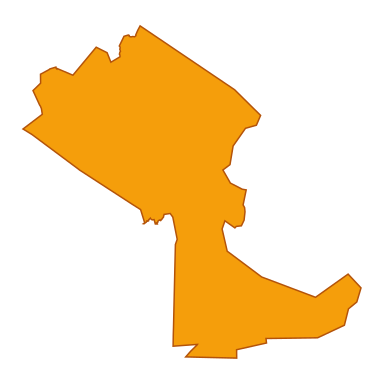 outline of Craven, North Carolina, United States of America
{"feature_id": "52423323B69937594660811", "entity_name": "Craven", "entity_type": "district", "adm_level": 2, "iso_a3": "USA", "parent_name": "United States of America", "parent_adm1": "North Carolina", "projection": "equal_earth", "projection_center": [-77.135, 35.114], "detail": "fine", "context": "isolated", "style": "filled", "palette": "amber", "viewbox_px": 384, "rotation_deg": 0, "n_neighbors": 0, "source": "geoboundaries", "source_scale": "gbopen_adm2", "svg_char_len": 2262}
<svg xmlns="http://www.w3.org/2000/svg" viewBox="0 0 384 384"><path d="M185.7,356.9L194.0,357.1L236.7,358.1L236.6,349.7L266.5,343.0L266.0,338.5L317.6,337.8L344.4,325.2L348.5,308.8L356.8,302.0L361.0,287.9L348.1,274.1L315.5,297.3L261.7,277.0L227.2,251.2L222.1,229.0L223.9,223.8L224.9,220.8L234.9,227.9L236.3,226.4L241.4,225.8L244.1,220.1L245.0,211.8L244.6,207.6L243.1,204.9L246.2,189.9L242.2,189.2L230.4,183.1L222.9,170.0L230.0,164.6L233.1,146.0L245.5,128.3L256.4,125.2L260.6,115.4L253.4,108.3L237.1,92.2L234.7,89.8L140.1,25.9L137.7,30.4L135.8,34.8L135.9,35.7L134.6,36.8L132.8,36.5L131.0,36.9L129.3,36.4L129.2,35.4L128.3,35.0L124.0,36.3L119.3,46.0L119.9,46.7L120.2,47.9L119.8,49.2L120.5,51.3L119.9,52.1L119.4,54.2L119.9,54.9L120.0,56.8L110.9,62.2L107.1,52.7L96.2,47.2L72.9,75.2L57.1,68.5L56.9,69.0L56.2,68.4L55.9,67.1L49.9,68.9L48.9,69.7L40.5,74.2L40.6,83.2L33.0,90.6L39.6,105.0L40.3,106.0L41.4,108.6L42.3,114.3L23.0,129.0L32.1,134.6L78.4,169.1L79.5,170.0L131.8,204.0L140.6,209.6L144.7,222.9L143.5,223.7L144.0,223.8L146.3,222.1L146.9,220.8L147.4,220.7L147.8,221.2L148.6,220.8L148.8,219.6L149.2,219.4L150.3,218.2L150.5,218.7L151.8,219.7L152.4,219.9L154.1,219.6L155.3,224.0L156.8,224.0L156.7,223.9L156.5,223.7L156.4,223.7L156.2,223.6L156.2,223.4L156.2,223.2L156.3,223.1L156.4,222.9L156.5,222.9L156.5,223.0L156.8,223.1L157.0,223.1L157.3,223.1L157.4,222.9L157.5,222.9L157.6,222.7L157.7,222.4L157.7,222.2L157.8,222.1L157.8,221.9L157.8,221.7L157.9,221.4L158.0,221.3L158.0,221.2L158.3,220.9L158.5,220.7L158.8,220.5L158.9,220.4L159.0,220.4L159.1,220.2L159.3,220.1L159.5,220.1L159.8,220.0L160.0,220.0L160.2,220.3L160.3,220.4L160.4,220.5L160.5,220.6L160.8,220.5L160.9,220.4L160.9,220.2L161.0,220.1L161.1,219.9L161.2,219.7L161.3,219.7L161.6,219.5L161.6,219.4L161.8,219.2L162.0,219.1L162.1,218.9L162.2,218.7L162.3,218.6L162.4,218.4L162.5,218.4L162.6,218.2L162.8,217.9L163.0,217.7L163.2,217.4L163.3,217.3L163.4,217.2L163.5,217.1L163.5,216.9L163.6,216.7L163.6,216.4L163.6,216.2L163.6,215.9L163.7,215.7L163.8,215.5L163.8,215.4L163.9,215.2L164.0,215.0L164.0,214.9L164.1,214.7L164.1,214.4L170.2,213.5L172.8,217.1L177.2,239.3L175.4,244.5L173.5,327.4L173.3,334.2L173.1,346.2L197.5,344.4L197.4,344.6L190.6,351.3L185.7,356.9Z" fill="#f59e0b" stroke="#b45309" stroke-width="1.5"/></svg>